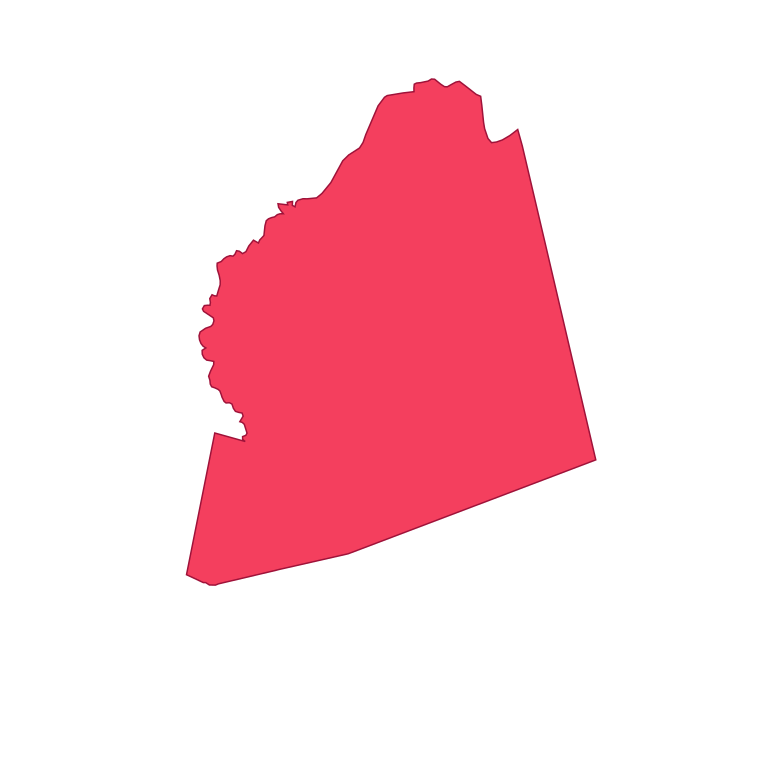 the district of Monte Alegre do Piauí, Piauí, Brazil, rotated 135°
{"feature_id": "56859067B876733905901", "entity_name": "Monte Alegre do Piauí", "entity_type": "district", "adm_level": 2, "iso_a3": "BRA", "parent_name": "Brazil", "parent_adm1": "Piauí", "projection": "albers", "projection_center": [-45.01, -9.577], "detail": "fine", "context": "isolated", "style": "filled", "palette": "rose", "viewbox_px": 768, "rotation_deg": 135, "n_neighbors": 0, "source": "geoboundaries", "source_scale": "gbopen_adm2", "svg_char_len": 1995}
<svg xmlns="http://www.w3.org/2000/svg" viewBox="0 0 768 768"><g transform="rotate(135 384 384)"><path d="M287.9,180.6L169.2,371.7L117.9,454.5L109.5,469.4L119.3,470.7L127.8,472.9L133.4,475.6L137.3,478.6L136.9,484.1L132.3,493.4L128.5,498.7L117.7,512.0L112.2,519.1L114.0,523.5L115.7,537.5L116.7,544.7L119.7,546.7L124.4,548.1L129.1,549.4L131.0,551.5L131.9,555.9L132.7,563.7L134.8,566.1L138.6,567.0L145.0,571.2L148.2,573.8L150.6,574.6L153.5,572.2L156.1,569.5L164.8,576.4L177.8,585.7L180.9,586.4L191.4,584.9L220.6,573.2L228.0,569.6L234.4,568.2L246.9,570.9L255.3,571.0L279.1,564.0L293.1,562.6L300.1,563.3L307.4,569.3L310.3,572.3L314.9,574.8L317.9,574.6L321.6,572.2L322.5,575.1L319.6,577.8L324.0,580.8L325.4,578.7L331.5,586.4L333.6,583.4L334.4,579.4L334.8,575.6L337.2,577.9L339.7,579.2L343.1,579.5L345.9,581.2L348.9,582.5L351.8,582.7L356.2,580.1L359.7,577.3L363.9,573.9L370.0,573.7L373.1,572.5L374.6,578.0L382.0,577.2L388.0,575.2L391.8,576.2L392.4,580.2L394.0,582.5L397.9,581.1L400.4,581.2L402.1,583.6L405.4,585.2L408.6,585.8L412.5,585.7L416.5,587.4L418.6,585.5L421.1,582.4L423.7,577.4L426.8,572.8L429.7,570.0L434.5,567.5L440.0,564.5L441.5,566.2L442.5,568.7L446.8,567.6L449.1,564.4L451.4,562.7L453.1,564.5L455.6,566.5L459.3,565.5L460.2,562.9L457.9,551.5L459.6,548.9L463.0,547.2L465.8,547.2L470.8,549.6L477.2,550.8L480.7,548.9L483.2,545.7L484.8,542.0L485.2,538.6L484.5,535.5L488.8,536.4L491.5,533.5L492.8,529.8L492.5,526.3L490.4,523.4L488.4,520.3L490.8,518.1L497.7,515.7L502.5,513.5L504.5,509.7L506.9,506.8L507.8,503.9L506.3,500.8L505.1,497.5L505.0,495.1L506.5,491.8L507.9,489.1L509.4,484.7L509.1,482.3L506.5,480.0L505.7,477.3L507.7,473.3L508.4,469.7L506.9,466.8L504.9,463.8L506.3,460.9L512.6,459.3L511.4,457.1L511.3,454.3L515.6,446.1L518.0,445.4L521.2,446.8L523.1,444.8L522.8,441.5L538.3,469.0L658.5,388.8L652.2,371.4L650.5,369.6L649.6,365.4L645.4,361.0L642.3,359.7L592.0,328.6L589.6,327.2L529.4,289.3L406.8,234.1L391.1,227.0L287.9,180.6Z" fill="#f43f5e" stroke="#9f1239" stroke-width="1.5"/></g></svg>